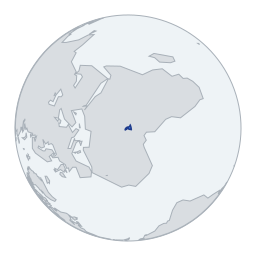 globe centered on Extrême-Nord, rotated 253°
{"feature_id": "CMR-1462", "entity_name": "Extrême-Nord", "entity_type": "Province", "adm_level": 1, "iso_a3": "CMR", "parent_name": "Cameroon", "parent_adm1": "", "projection": "orthographic", "projection_center": [14.611, 11.501], "detail": "fine", "context": "on_globe", "style": "filled", "palette": "blue", "viewbox_px": 256, "rotation_deg": 253, "n_neighbors": 0, "source": "natural_earth", "source_scale": "10m", "svg_char_len": 9164}
<svg xmlns="http://www.w3.org/2000/svg" viewBox="0 0 256 256"><g transform="rotate(253 128 128)"><circle cx="128" cy="128" r="113" fill="#eef3f6" stroke="#a8b0b8"/><path d="M92.5,21.1L89.5,22.2L89.9,22.1L87.3,23.1L89.9,22.3L92.2,21.5L94.1,20.9L94.6,20.9L91.3,22.0L90.6,22.2L89.9,22.6L88.1,23.2L89.3,22.9L85.3,24.4L89.9,23.0L87.2,24.4L84.4,25.4L83.9,25.1L76.2,28.0L73.2,29.6L69.4,31.8L64.1,35.9L61.1,38.0L57.7,40.9L59.6,39.6L63.1,36.9L65.9,35.7L69.7,32.9L71.5,32.2L75.7,29.8L75.9,30.4L73.8,32.5L70.2,34.7L69.2,35.8L73.2,34.2L67.3,39.1L64.6,44.0L62.9,45.5L58.5,46.9L56.8,45.4L51.1,48.7L55.6,47.0L51.5,51.2L51.2,52.3L51.9,52.5L53.8,51.2L52.5,52.9L47.6,54.8L48.7,53.3L50.2,52.6L49.4,52.0L46.0,54.0L44.2,56.3L41.1,57.8L39.7,59.5L38.3,61.1L40.7,58.0L36.4,63.7L32.4,68.4L26.5,79.2L27.6,76.9L31.5,69.9L35.8,63.2L40.6,56.9L45.9,50.9L51.6,45.3L57.6,40.1L64.0,35.3L70.7,31.0L77.7,27.2L85.0,23.9L92.5,21.1ZM16.7,110.5L16.7,110.9L17.5,107.0L18.2,105.6L17.0,112.0L18.4,106.8L18.1,110.5L20.4,112.6L19.9,113.9L21.6,123.5L25.4,129.0L26.3,134.3L25.7,137.0L27.4,138.6L27.5,140.5L36.3,146.5L42.3,152.9L43.1,159.6L40.0,166.0L41.8,181.0L37.6,183.9L39.6,189.8L41.6,197.2L38.6,195.0L42.6,200.0L43.6,201.9L42.5,201.2L45.1,204.2L44.4,203.5L46.8,206.1L47.5,206.8L42.0,200.7L36.9,194.2L32.3,187.4L28.2,180.2L24.6,172.7L22.4,167.2L20.7,162.4L20.6,161.9L18.3,153.6L16.7,145.1L15.7,136.4L15.4,127.8L15.7,119.1L16.7,110.5ZM24.7,83.1L22.4,90.2L22.1,89.6L22.5,88.9L23.4,86.2L24.0,84.8L24.7,83.1ZM27.4,77.8L27.6,77.0L27.6,77.3L27.4,77.8ZM75.3,29.6L75.5,29.7L74.6,30.1L75.3,29.6ZM77.0,28.6L75.9,29.0L76.5,28.6L77.2,28.3L77.0,28.6ZM78.3,28.2L77.8,27.8L78.9,27.1L82.5,25.7L78.3,28.2ZM92.7,21.2L90.3,22.1L91.9,21.4L92.7,21.2ZM102.9,18.2L103.2,18.1L100.8,18.7L98.2,19.4L100.5,18.9L93.3,20.9L94.5,20.5L102.9,18.2ZM95.0,20.7L98.4,19.5L98.8,19.7L97.6,19.9L95.0,20.7ZM106.0,17.5L103.5,18.1L103.4,18.1L106.0,17.5ZM97.1,20.2L98.9,19.8L97.8,20.3L95.1,20.8L97.1,20.2ZM99.1,19.3L100.7,18.8L99.9,19.1L99.1,19.3ZM94.7,22.4L94.8,22.0L96.5,21.5L94.7,22.4ZM99.7,19.7L100.1,19.5L100.7,19.3L101.7,19.2L99.7,19.7ZM104.8,17.8L106.8,17.4L107.8,17.3L104.5,18.0L106.4,17.7L106.7,17.7L103.6,18.3L104.8,17.8ZM104.7,18.6L100.8,19.8L100.3,20.5L98.8,21.0L99.8,19.7L104.7,18.6ZM104.3,18.3L104.2,18.5L102.3,18.9L101.3,19.0L104.3,18.3ZM109.8,17.0L109.0,17.0L109.7,16.9L109.8,17.0ZM104.9,18.7L105.8,18.4L105.1,18.7L104.9,18.7ZM108.7,17.4L108.3,17.4L109.2,17.2L108.7,17.4ZM108.0,18.0L106.8,18.3L106.0,18.3L108.0,18.0ZM108.6,17.6L109.9,17.4L106.5,18.1L108.3,17.6L108.6,17.6ZM109.6,17.3L110.0,17.1L109.6,17.3L109.6,17.3ZM111.6,17.9L107.5,18.8L105.8,18.7L110.1,17.9L111.6,17.9ZM60.5,218.2L60.3,218.0L61.3,218.7L61.6,219.0L61.1,218.6L60.5,218.2ZM232.6,86.3L232.4,85.7L234.0,90.2L236.1,96.3L239.0,108.6L239.4,111.3L239.0,108.8L237.2,104.1L238.7,112.4L240.1,118.0L240.6,125.7L240.3,123.9L239.6,117.3L238.9,115.5L237.8,108.3L234.9,98.6L234.5,101.4L233.3,97.3L229.1,90.0L227.9,93.9L226.7,106.6L228.6,117.4L227.3,122.8L220.7,108.7L217.0,98.9L215.1,100.4L207.9,93.2L196.9,94.9L194.9,92.5L192.9,94.2L187.8,92.3L184.6,88.4L181.7,89.1L190.2,99.4L193.2,98.7L195.2,93.9L197.0,97.8L201.9,100.7L198.1,111.6L181.1,123.0L178.7,115.1L162.0,94.7L162.1,92.2L161.8,91.5L161.0,95.6L157.9,91.6L167.6,105.9L169.5,112.4L180.8,123.6L180.0,124.9L183.4,127.1L193.5,122.7L193.7,125.4L189.4,138.6L174.7,157.4L176.3,168.5L174.6,178.1L164.6,185.2L164.6,192.3L159.3,195.2L158.4,199.2L153.7,203.6L146.1,207.9L134.1,208.5L134.0,205.0L129.0,198.3L122.4,181.2L126.1,173.0L125.3,166.6L116.6,152.5L118.6,144.4L116.1,141.1L111.0,141.9L108.0,137.9L104.9,137.8L84.9,140.3L78.4,134.8L69.9,118.3L73.2,112.0L73.3,104.6L95.9,80.6L101.4,82.0L120.0,78.8L122.5,79.7L121.0,85.2L135.6,91.7L139.4,86.9L151.9,90.0L159.7,89.4L161.2,78.9L148.4,79.7L145.4,74.8L155.1,69.9L166.2,69.8L165.4,68.0L157.8,64.3L159.7,60.8L155.1,62.8L157.4,64.5L154.6,66.0L152.3,64.5L153.0,63.3L149.5,62.7L146.7,69.4L148.8,71.9L140.0,73.6L142.6,78.1L140.4,80.4L135.2,73.8L135.2,71.2L126.0,64.6L125.1,67.3L133.8,73.9L131.4,73.5L130.3,77.8L129.2,74.2L120.0,66.8L111.6,68.7L102.0,79.3L96.8,80.3L92.1,78.3L94.5,67.7L105.7,66.8L106.7,63.6L103.5,59.1L107.2,59.4L107.3,57.6L111.4,57.3L116.4,53.0L120.4,52.5L121.5,47.4L123.8,46.6L122.5,49.8L123.8,51.9L133.8,51.2L135.5,50.1L135.4,47.0L138.1,47.5L136.8,44.6L142.1,43.2L134.4,42.6L134.1,39.5L136.9,37.2L135.4,36.2L130.9,40.1L130.4,41.9L132.1,43.5L129.4,48.9L126.1,49.9L123.8,44.3L118.9,45.4L119.2,41.0L131.1,32.1L136.5,30.6L147.2,33.8L146.5,35.5L142.2,35.1L146.9,38.1L146.2,36.6L148.5,37.1L148.7,34.7L150.4,35.1L147.9,32.4L149.9,32.6L151.5,34.2L153.6,31.3L157.6,31.3L157.3,30.6L155.9,29.8L162.0,30.5L161.5,30.0L159.3,29.5L156.9,28.1L155.0,26.1L157.2,26.5L158.2,27.3L163.6,29.6L165.8,31.9L166.5,31.9L165.1,30.0L158.6,27.1L156.8,25.8L160.1,27.0L158.7,26.5L158.6,26.0L160.4,25.9L156.9,24.7L152.0,20.2L155.2,20.1L158.6,21.3L157.5,19.7L161.1,20.5L159.1,19.9L157.2,19.2L156.0,18.9L154.9,18.7L153.7,18.3L161.8,20.5L169.6,23.3L177.2,26.7L184.6,30.6L191.6,35.0L198.3,40.0L204.6,45.4L210.5,51.3L215.9,57.6L220.9,64.3L225.4,71.3L229.3,78.7L232.6,86.3ZM89.0,92.8L88.6,95.0L89.0,92.8ZM178.7,75.3L184.8,75.1L180.8,69.1L182.8,68.6L180.7,66.9L180.5,68.7L175.1,64.0L177.3,62.0L175.9,59.5L173.7,59.5L170.6,64.0L178.3,70.6L177.4,73.3L178.7,75.3ZM20.5,112.6L20.6,114.1L20.1,113.8L20.5,112.6ZM21.3,92.0L21.2,92.6L20.8,93.8L20.7,93.8L21.3,92.0ZM22.3,96.0L22.6,97.1L21.9,97.0L22.3,96.0ZM22.2,91.2L22.1,95.4L20.9,96.1L21.1,93.6L21.4,93.8L22.2,91.2ZM25.7,81.0L25.4,81.7L25.0,82.8L25.7,81.0ZM27.3,78.0L27.8,77.0L27.3,78.0ZM51.8,51.1L52.2,51.0L52.5,51.6L51.6,52.0L51.8,51.1ZM58.6,50.8L56.5,53.6L57.4,51.7L55.7,52.7L55.4,50.2L62.1,46.1L59.1,48.3L58.6,50.8ZM56.9,46.3L56.3,48.0L56.7,46.3L56.9,46.3ZM103.7,49.3L105.4,50.3L104.2,52.3L99.0,53.9L100.7,50.9L103.7,49.3ZM108.0,51.3L107.1,45.8L110.3,44.9L108.6,46.3L110.8,46.2L108.8,48.5L112.7,53.4L112.0,55.5L102.9,56.7L106.3,55.0L104.4,54.0L108.0,51.3ZM99.1,36.3L98.8,34.7L106.1,34.6L105.6,36.2L100.4,37.6L98.0,36.7L99.1,36.3ZM84.8,26.1L84.2,26.1L85.1,25.7L86.3,25.4L84.8,26.1ZM94.6,22.3L88.4,26.0L87.4,26.1L85.0,28.6L81.3,29.9L83.0,28.1L78.4,31.2L78.5,30.2L75.7,32.3L79.8,28.3L79.7,27.8L81.2,27.8L84.6,26.6L86.0,25.9L89.9,23.7L91.2,22.3L94.8,21.1L96.9,20.7L97.1,20.9L94.7,21.5L96.7,21.3L93.5,22.3L94.6,22.3ZM119.7,20.8L116.9,20.7L120.3,21.9L117.1,22.4L117.7,22.5L115.6,23.4L114.2,24.7L112.6,24.8L112.7,25.3L111.3,26.0L111.0,26.8L108.0,27.3L107.3,28.4L106.3,28.1L105.9,29.8L104.9,28.8L103.0,29.9L105.0,30.3L89.9,33.0L84.4,35.5L80.4,38.3L79.2,36.6L82.2,33.1L87.3,29.4L92.8,27.5L91.3,27.3L93.5,26.4L93.8,26.9L94.6,25.6L96.5,25.1L101.0,22.8L101.1,21.5L102.7,20.8L103.7,21.0L104.7,20.2L107.6,20.2L108.8,19.8L112.9,19.5L114.0,20.5L115.3,19.9L118.5,19.9L119.7,20.8ZM112.7,17.8L114.7,18.5L113.9,19.2L107.1,19.4L105.6,19.8L101.2,20.3L102.4,19.4L103.6,19.3L105.0,19.0L104.0,19.4L105.8,18.9L107.5,18.8L109.3,18.5L109.5,18.7L112.7,17.8ZM124.8,77.5L126.7,77.7L129.4,77.3L128.8,80.2L124.8,77.5ZM118.4,72.5L120.0,72.1L120.5,75.6L118.6,75.6L118.4,72.5ZM120.5,69.1L120.1,71.8L119.2,70.3L120.5,69.1ZM123.9,49.3L125.5,48.9L125.9,49.6L125.1,50.7L123.9,49.3ZM129.1,25.7L127.6,25.2L128.0,24.9L126.5,23.4L128.8,23.2L130.6,23.9L129.1,25.7ZM159.2,80.8L157.2,82.9L155.9,82.0L156.9,81.5L159.2,80.8ZM142.4,81.6L146.5,82.7L142.2,82.4L142.4,81.6ZM131.4,25.1L130.5,24.5L132.2,24.7L131.4,25.1ZM130.4,22.9L132.3,23.1L128.9,23.0L130.4,22.9ZM188.5,219.5L188.2,220.4L186.9,220.8L188.5,219.5ZM191.7,174.6L182.9,191.7L178.2,192.4L178.0,187.7L181.8,177.5L187.5,174.0L190.5,169.1L191.7,174.6ZM240.3,136.8L240.3,134.6L238.6,121.1L239.3,120.7L240.6,128.1L240.6,129.8L240.6,131.0L240.3,136.8ZM229.0,118.3L231.0,124.2L230.1,125.7L229.0,118.3ZM234.2,90.5L234.0,89.9L234.2,90.5ZM149.6,24.0L149.1,26.1L150.3,28.0L153.3,29.2L148.9,28.6L147.0,25.7L149.6,24.0ZM151.5,20.5L148.8,19.7L150.0,19.7L150.8,19.9L151.5,20.5ZM149.8,20.3L146.4,20.1L144.9,19.4L147.9,19.7L149.8,20.3ZM138.9,22.0L138.6,22.6L137.3,22.3L138.9,22.0ZM154.3,18.5L152.9,18.2L153.3,18.2L154.3,18.5ZM149.0,17.3L149.6,17.5L148.1,17.2L149.0,17.3ZM151.0,18.0L149.4,17.5L152.2,18.2L151.0,18.0Z" fill="#d9dde1" stroke="#a8b0b8" stroke-width="1"/><path d="M127.8,125.1L127.8,125.3L127.9,125.5L128.0,125.5L128.3,125.7L128.3,125.8L128.5,126.0L128.6,126.4L128.6,126.5L128.6,126.8L128.8,126.8L128.9,127.0L128.8,127.3L129.0,127.4L129.0,127.5L128.9,127.5L128.9,127.8L129.0,127.9L129.0,128.0L128.9,128.1L128.9,128.3L128.8,128.5L128.8,128.8L128.8,129.0L128.9,129.3L129.0,129.7L129.0,129.8L129.1,130.0L129.3,130.2L129.3,130.3L129.6,130.6L129.8,130.8L130.0,130.9L130.1,131.0L129.6,131.1L129.2,131.0L128.9,131.0L128.6,131.0L128.3,131.1L128.2,131.1L127.7,131.0L127.2,131.0L127.2,130.9L126.9,130.8L126.9,130.7L126.7,130.6L126.4,130.5L126.2,130.5L126.0,130.8L125.9,130.8L125.7,130.8L125.6,130.7L125.8,130.6L125.7,130.5L125.8,130.3L125.9,130.0L125.9,129.7L126.0,129.6L126.3,129.1L126.4,128.9L126.5,128.8L126.5,128.7L126.8,128.4L126.9,128.5L127.1,128.5L127.3,128.4L127.5,128.2L127.8,128.1L128.0,128.0L128.0,127.9L128.0,127.7L127.9,127.6L128.0,127.4L128.0,127.2L128.0,126.9L128.1,126.7L127.9,126.6L127.8,126.4L127.6,126.3L127.2,126.3L127.2,126.2L127.2,125.9L127.1,125.4L127.0,124.9L127.6,124.9L127.8,125.1Z" fill="#3b82f6" stroke="#1e3a8a" stroke-width="1.5"/></g></svg>